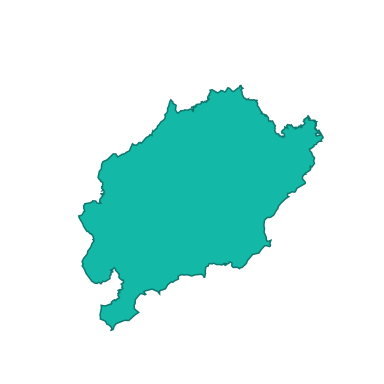 Nilphamari, Rangpur, Bangladesh (orthographic projection), rotated 240°
{"feature_id": "16705992B74406959438199", "entity_name": "Nilphamari", "entity_type": "district", "adm_level": 2, "iso_a3": "BGD", "parent_name": "Bangladesh", "parent_adm1": "Rangpur", "projection": "orthographic", "projection_center": [88.949, 26.021], "detail": "fine", "context": "isolated", "style": "filled", "palette": "teal", "viewbox_px": 384, "rotation_deg": 240, "n_neighbors": 0, "source": "geoboundaries", "source_scale": "gbopen_adm2", "svg_char_len": 6041}
<svg xmlns="http://www.w3.org/2000/svg" viewBox="0 0 384 384"><g transform="rotate(240 192 192)"><path d="M193.2,333.4L195.7,329.2L196.9,329.4L196.1,330.0L196.5,330.8L197.4,330.0L197.5,330.7L199.2,330.8L198.8,330.2L199.3,330.1L198.0,329.4L199.1,329.2L198.7,325.3L198.0,325.4L197.6,323.9L195.2,324.3L194.5,323.1L194.3,321.4L194.5,320.4L195.3,320.0L194.1,319.4L193.1,319.7L193.0,318.9L195.2,318.6L195.5,317.0L194.6,316.8L195.2,313.2L196.1,314.3L197.1,311.8L200.4,311.6L200.2,310.7L201.3,310.3L201.4,309.3L202.5,308.7L202.2,307.2L199.5,306.8L202.0,304.9L200.9,304.4L200.2,303.3L200.2,301.3L199.3,299.7L198.2,299.3L197.3,300.4L195.9,300.9L193.7,299.8L195.0,298.5L194.1,297.7L196.3,296.8L196.5,296.0L198.1,295.6L198.4,296.1L199.1,295.9L200.3,294.1L204.0,294.3L205.6,295.9L206.7,296.0L207.6,297.3L209.4,296.9L213.1,297.3L213.5,296.9L213.5,295.6L214.4,295.5L215.1,293.9L218.1,295.2L221.5,294.8L221.7,294.3L220.3,293.2L222.4,294.0L225.5,291.2L226.0,292.5L227.7,292.0L232.0,292.2L234.0,291.8L236.3,293.2L238.7,292.8L238.5,294.7L239.6,292.9L241.0,291.7L241.1,290.3L241.9,290.0L242.1,289.0L244.2,286.8L244.5,287.2L244.6,285.3L246.2,285.2L247.0,284.1L251.5,284.3L254.1,285.5L255.7,285.3L256.2,285.8L256.3,288.0L258.9,286.9L259.0,287.6L259.7,287.7L260.0,286.6L258.6,284.7L259.0,283.8L258.2,278.3L259.0,277.3L262.7,276.4L264.1,275.5L264.3,275.1L262.1,271.0L262.3,270.2L264.3,269.2L265.5,267.6L264.9,266.3L265.0,263.8L270.6,260.5L271.1,258.4L269.1,258.2L268.7,256.5L267.8,255.5L267.2,255.7L267.1,254.2L266.3,253.1L264.7,252.2L263.9,252.5L263.9,253.1L263.5,252.7L263.6,250.5L263.0,250.3L262.8,248.9L263.5,248.0L263.9,248.3L263.8,246.8L264.2,246.2L265.1,246.2L265.4,245.1L264.3,244.5L264.0,243.2L265.5,240.0L265.1,238.2L264.6,237.9L264.2,238.5L263.9,237.7L264.7,236.3L265.3,236.4L265.2,235.0L265.7,234.4L265.4,233.9L264.7,234.1L264.7,234.9L264.0,235.5L261.2,233.4L262.0,233.0L263.2,233.4L264.7,232.0L265.0,229.2L266.7,226.8L266.6,225.7L268.0,222.9L267.2,219.6L268.1,218.8L271.3,218.7L275.1,221.6L278.3,219.7L279.4,220.4L282.4,219.8L281.1,217.7L277.9,214.7L276.7,212.7L274.3,211.4L273.1,209.7L272.5,207.1L270.6,206.6L269.2,205.3L268.5,203.4L268.1,199.8L266.8,197.4L266.5,195.3L264.5,193.2L264.6,191.7L263.6,189.2L263.7,188.7L264.5,188.7L262.7,186.6L260.9,185.5L262.7,184.3L261.8,182.2L262.1,179.7L259.5,172.6L260.8,171.9L260.6,171.4L261.3,170.9L260.2,167.4L261.6,165.5L263.5,164.5L258.9,158.3L259.2,155.0L258.8,152.9L259.6,150.2L259.4,145.2L263.1,145.0L264.4,142.7L262.3,134.8L262.8,130.1L261.0,127.6L257.1,124.8L256.3,122.2L251.7,118.0L248.9,118.0L248.3,118.6L246.7,118.2L246.2,118.9L244.6,119.3L241.5,117.2L241.7,116.5L240.4,115.7L238.7,116.2L238.0,114.9L237.7,116.3L235.9,116.1L234.8,114.0L235.9,112.4L235.1,112.3L234.1,114.0L234.0,112.9L232.8,112.2L232.9,110.9L232.1,110.1L231.9,108.8L229.5,107.1L227.9,107.7L228.7,105.6L229.9,104.3L232.3,104.1L234.0,101.6L233.5,101.0L233.6,98.2L235.4,93.4L234.1,91.2L232.2,90.2L229.1,89.6L228.9,87.9L228.0,87.2L227.0,84.7L227.8,82.6L227.4,82.7L227.4,81.9L226.6,81.9L226.4,81.4L218.8,81.5L216.6,81.0L210.3,81.3L209.9,82.3L206.9,82.9L206.2,83.9L205.9,83.6L204.0,84.3L200.2,83.4L200.3,82.4L198.6,82.7L197.5,79.9L194.7,76.5L192.9,72.1L190.6,70.3L188.8,65.2L186.7,62.0L183.9,61.7L183.1,60.0L179.4,60.2L174.3,59.6L164.4,60.7L163.1,61.8L162.1,61.9L160.2,64.2L160.5,65.8L159.8,66.7L158.3,67.0L158.0,67.5L159.3,69.9L157.9,72.0L158.0,77.7L160.9,79.2L160.7,80.4L162.6,81.4L162.5,83.5L163.2,83.8L164.3,82.5L165.2,82.6L164.7,84.7L165.2,86.9L162.9,87.1L162.5,86.6L159.6,87.4L157.4,87.5L157.2,87.9L154.8,86.1L153.7,86.1L150.2,87.4L150.2,88.3L148.6,87.9L147.8,87.5L147.6,84.6L146.0,84.8L144.9,84.5L144.5,83.6L143.0,83.8L142.7,81.3L143.5,81.1L143.7,78.8L141.2,79.4L141.1,78.3L141.5,78.2L141.1,77.0L139.4,76.8L139.2,76.1L136.8,76.4L136.5,75.3L136.9,74.4L136.2,71.4L137.3,71.2L137.4,69.3L136.9,67.1L135.4,66.7L135.2,65.4L135.7,65.4L136.7,59.7L139.3,56.7L136.6,55.4L131.6,50.9L129.0,50.0L127.9,49.1L124.1,52.0L122.8,52.5L120.3,52.2L118.3,53.7L114.9,54.5L113.0,53.9L112.8,52.0L112.4,55.1L114.8,57.6L115.9,60.7L114.6,69.4L112.3,73.1L114.1,81.0L114.4,85.6L118.9,83.9L120.2,84.0L122.7,85.2L124.3,87.4L126.4,88.4L127.4,89.7L129.7,96.1L129.1,97.8L126.6,99.7L126.5,100.8L129.7,100.3L129.8,101.8L127.9,108.9L123.0,112.5L120.0,113.0L122.7,114.5L121.4,120.6L123.8,124.5L124.6,129.2L123.4,130.2L123.8,132.0L123.4,136.7L126.0,137.8L125.9,141.2L124.1,143.6L122.8,146.5L119.3,149.9L118.9,152.8L116.2,158.8L114.5,160.0L112.2,159.8L111.9,160.3L114.5,162.8L116.0,163.3L119.7,166.1L120.3,167.1L119.8,168.9L121.2,170.6L121.3,171.4L119.6,173.6L119.8,174.4L119.3,175.3L116.6,177.3L115.8,179.2L113.9,181.3L114.1,183.5L113.4,185.4L112.4,185.4L112.6,183.8L111.9,184.2L111.9,185.4L112.6,186.0L111.9,186.9L111.8,188.4L112.7,189.0L112.5,189.9L110.6,191.1L108.1,189.5L106.1,189.9L104.1,193.6L101.8,194.9L102.3,195.8L101.6,197.6L102.9,203.3L104.8,205.6L107.6,213.3L105.7,219.4L107.7,223.5L109.1,228.1L108.1,229.9L106.0,231.8L106.0,232.7L106.7,233.4L108.7,233.8L110.7,236.2L111.2,233.1L112.7,232.3L115.9,233.7L121.1,234.3L124.1,236.5L127.1,237.5L131.3,240.6L132.3,244.2L130.8,247.4L131.2,251.3L134.2,256.4L134.6,257.9L136.4,259.6L137.7,262.8L139.5,270.2L139.5,273.5L140.5,272.8L141.9,273.1L142.9,274.3L142.3,275.4L142.1,278.8L140.5,280.9L140.9,282.1L142.8,284.8L142.8,294.4L144.1,295.0L148.1,294.2L150.2,295.6L151.1,298.2L150.6,299.4L151.4,299.2L151.6,299.9L151.8,305.0L152.8,306.5L153.9,306.5L154.0,307.2L155.0,307.4L153.7,308.3L155.5,312.3L157.9,312.8L160.3,315.2L163.2,314.6L166.5,315.3L168.6,314.6L170.5,315.3L170.1,316.3L170.5,320.4L171.6,320.9L171.1,323.6L172.1,325.0L172.3,327.6L171.2,329.7L172.7,330.1L173.3,331.4L173.2,332.2L173.9,332.9L182.0,332.8L181.4,331.6L180.1,330.9L178.1,332.0L177.2,331.6L178.1,328.1L179.0,327.7L180.6,328.1L180.1,328.7L180.3,329.8L182.1,331.2L184.5,330.9L183.6,330.5L184.4,330.1L186.1,330.2L187.5,333.0L188.0,333.0L188.2,332.2L188.7,332.8L188.6,333.5L189.2,333.9L189.2,333.3L190.1,334.0L190.5,333.0L190.7,334.9L191.6,333.7L192.8,334.8L192.0,333.2L192.8,332.8L193.2,333.4Z" fill="#14b8a6" stroke="#0f766e" stroke-width="1.5"/></g></svg>